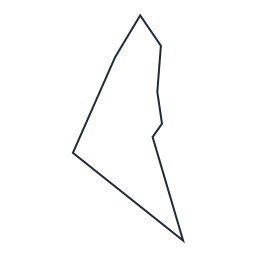 an SVG outline of Plaisance
{"feature_id": "SYC-5216", "entity_name": "Plaisance", "entity_type": "state/province", "adm_level": 1, "iso_a3": "SYC", "parent_name": "Seychelles", "parent_adm1": "", "projection": "robinson", "projection_center": [55.472, -4.654], "detail": "fine", "context": "isolated", "style": "outline", "palette": "slate", "viewbox_px": 256, "rotation_deg": 0, "n_neighbors": 0, "source": "natural_earth", "source_scale": "10m", "svg_char_len": 252}
<svg xmlns="http://www.w3.org/2000/svg" viewBox="0 0 256 256"><path d="M140.2,15.4L160.9,45.8L157.3,91.8L162.0,123.7L152.6,137.0L170.7,198.4L183.1,240.6L72.9,152.9L101.0,89.1L115.1,57.2L140.2,15.4Z" fill="none" stroke="#1e293b" stroke-width="2"/></svg>